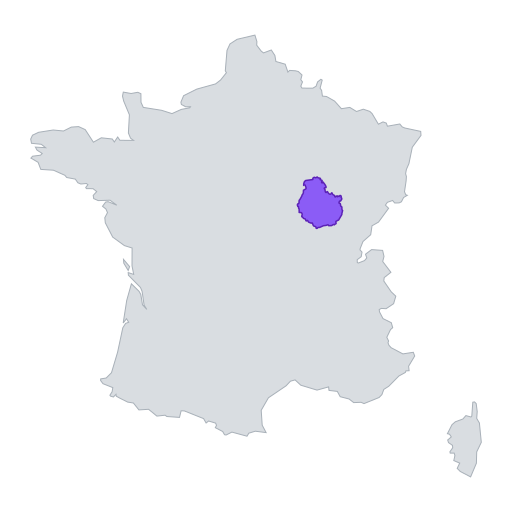 Côte-d'Or highlighted on a map of France
{"feature_id": "FRA-5282", "entity_name": "Côte-d'Or", "entity_type": "Metropolitan department", "adm_level": 1, "iso_a3": "FRA", "parent_name": "France", "parent_adm1": "", "projection": "orthographic", "projection_center": [4.917, 47.462], "detail": "fine", "context": "in_parent", "style": "filled", "palette": "violet", "viewbox_px": 512, "rotation_deg": 0, "n_neighbors": 0, "source": "natural_earth", "source_scale": "10m", "svg_char_len": 6768}
<svg xmlns="http://www.w3.org/2000/svg" viewBox="0 0 512 512"><path d="M407.3,195.3L403.6,197.5L401.4,201.8L399.1,202.9L394.7,203.0L392.6,200.5L387.4,202.3L385.4,205.1L388.6,208.3L378.5,222.1L372.0,225.8L370.7,234.7L363.0,241.5L360.2,248.5L360.0,249.9L362.0,252.1L361.2,256.7L357.2,259.7L357.3,262.6L358.4,263.0L364.5,260.6L366.8,257.9L365.5,254.2L371.6,249.6L382.6,250.4L384.0,256.4L382.7,261.5L390.9,272.3L384.2,277.6L383.8,281.0L391.2,291.8L395.8,296.2L393.6,303.7L386.1,308.7L381.2,308.4L379.2,309.6L379.5,311.9L383.0,318.6L391.3,322.7L392.7,327.7L390.5,329.6L386.8,337.3L388.6,341.0L388.0,342.7L388.9,345.2L391.1,347.7L402.9,353.9L413.3,352.3L414.7,356.0L408.6,366.2L409.1,370.7L405.9,370.9L405.4,372.4L398.9,376.0L388.7,386.3L383.8,389.4L381.9,394.6L379.1,397.5L364.0,403.6L361.1,402.3L353.7,402.6L349.1,399.0L340.2,396.7L337.3,391.4L329.0,390.4L328.6,386.9L317.0,390.1L300.8,385.2L295.1,379.9L290.4,381.2L286.1,385.8L268.4,397.8L261.2,410.3L262.2,425.2L266.1,432.6L255.3,431.2L248.8,433.2L247.0,436.2L231.9,432.1L226.1,435.0L224.5,434.7L222.7,431.5L215.3,427.7L216.5,425.3L215.6,423.1L208.6,421.0L206.1,423.0L203.6,418.6L184.3,410.9L181.1,410.8L179.5,417.4L166.8,416.5L165.1,415.2L156.9,416.1L148.6,409.3L138.9,409.9L133.4,403.0L127.7,402.1L119.9,398.2L116.3,396.2L116.0,394.3L113.4,397.0L110.5,396.1L109.9,395.2L112.1,391.8L112.8,387.6L103.0,383.7L100.6,380.5L100.7,378.9L106.2,378.0L111.5,372.7L117.6,352.2L122.8,327.8L125.6,323.4L128.7,322.3L126.5,318.7L123.2,323.0L126.7,300.5L131.4,283.8L139.1,291.4L140.8,294.5L142.5,304.8L146.8,309.4L144.1,305.1L142.1,291.4L140.5,287.5L128.4,275.2L128.2,272.6L133.7,274.4L132.0,265.8L132.1,248.0L124.4,245.6L112.7,237.1L105.3,222.8L104.8,217.7L107.5,212.6L105.9,209.0L102.5,206.3L105.7,202.0L108.2,201.7L116.8,205.2L110.0,200.2L98.2,200.6L93.7,198.6L93.2,195.4L96.7,191.6L93.1,188.7L86.4,188.6L85.7,187.5L87.9,184.7L86.4,183.5L80.8,184.0L77.9,182.8L75.3,179.1L66.7,177.5L64.9,175.3L53.4,170.2L40.8,169.4L38.1,162.3L30.9,158.1L32.6,156.2L40.5,155.2L42.2,153.5L37.0,150.1L35.4,147.1L45.6,147.7L41.3,144.3L31.5,143.3L30.7,139.1L32.5,135.2L38.6,132.3L53.2,130.0L63.5,131.0L71.3,127.1L78.6,126.6L85.2,129.6L93.4,142.2L101.3,137.8L112.3,139.0L114.3,142.0L117.7,137.0L119.9,140.3L133.5,140.4L130.5,138.1L128.4,133.0L129.4,114.8L123.7,101.1L122.5,96.1L123.3,92.1L131.1,93.5L137.8,92.3L140.9,93.7L141.0,102.3L143.3,107.4L161.6,110.3L172.0,113.6L181.3,109.4L189.8,107.8L190.5,106.7L185.7,106.8L181.4,104.5L180.9,102.2L183.6,95.7L196.8,89.1L215.6,83.9L220.6,80.0L226.4,72.7L225.3,70.8L227.0,50.4L230.0,43.9L237.1,39.3L254.9,35.1L256.9,41.6L256.7,45.2L261.2,51.1L263.5,52.9L271.3,50.0L274.9,55.5L275.9,61.5L285.2,64.2L287.9,72.1L289.6,70.4L295.5,70.8L298.3,71.5L302.0,75.0L300.8,79.7L302.5,81.9L300.8,86.2L302.0,88.1L312.8,88.2L316.1,86.2L317.6,81.9L320.9,79.3L322.2,80.1L320.1,88.2L321.6,90.3L322.4,96.1L326.5,96.5L334.6,101.1L341.4,108.7L349.8,107.4L356.5,111.5L363.3,109.2L369.8,111.4L372.1,113.6L378.4,124.2L383.0,121.9L386.3,123.1L387.4,126.2L399.8,124.0L402.2,126.9L404.8,128.0L420.7,131.4L421.0,135.4L412.3,147.2L408.9,163.7L406.4,169.4L405.6,173.7L406.4,176.5L406.1,181.0L404.5,191.7L405.7,194.7L407.3,195.3ZM477.2,411.6L476.7,418.4L479.4,423.0L481.3,442.3L476.7,451.9L476.4,463.2L470.6,476.9L460.3,471.5L457.2,468.4L459.7,463.1L453.8,460.6L454.9,455.6L454.2,453.1L450.2,453.1L449.9,451.8L452.7,447.8L452.5,445.4L448.5,442.6L447.7,440.0L451.3,436.9L449.5,434.2L447.4,433.7L452.0,424.7L455.3,421.8L462.9,419.0L465.9,415.6L471.0,417.0L471.8,416.1L472.8,402.2L474.5,401.9L476.2,403.6L477.2,411.6ZM129.6,266.6L128.2,270.5L123.8,263.2L123.5,259.4L129.6,266.6Z" fill="#d9dde1" stroke="#a8b0b8" stroke-width="1"/><path d="M300.1,212.6L299.2,212.4L299.1,209.0L298.6,208.2L298.5,206.9L298.4,206.6L298.2,206.5L297.8,206.4L297.4,205.2L297.4,204.8L297.5,204.3L297.7,204.0L298.0,203.8L298.6,203.6L299.0,202.9L299.1,200.7L299.3,200.1L299.8,199.7L301.7,196.3L302.2,194.8L303.0,193.8L303.2,193.3L303.4,192.3L303.4,191.0L303.5,190.2L305.7,189.0L306.1,188.3L306.0,187.5L305.2,185.3L305.1,185.1L304.8,185.0L303.9,185.0L303.7,185.1L303.7,184.0L303.9,183.1L304.5,181.5L305.7,180.5L312.3,179.6L312.7,179.5L312.9,179.2L312.8,178.9L312.8,178.6L313.0,178.1L313.6,177.6L314.0,177.4L314.4,177.3L315.4,177.7L315.9,177.7L316.2,177.6L317.1,177.0L318.1,177.8L320.0,178.2L320.4,178.5L320.1,179.3L320.2,179.6L320.6,179.8L321.7,180.2L322.0,180.4L322.1,180.6L322.1,180.8L322.0,181.1L321.7,181.6L321.6,181.9L321.6,182.2L321.7,182.6L321.9,182.8L322.2,182.9L322.4,182.7L322.6,182.2L322.8,182.1L323.1,182.1L324.7,184.2L325.4,185.3L326.0,186.6L326.0,186.9L326.0,187.2L326.0,187.5L325.7,187.6L325.4,187.7L324.8,187.7L324.5,187.9L324.3,188.1L324.3,188.5L324.4,188.8L324.7,189.1L325.0,189.5L325.0,189.8L325.2,191.1L325.3,191.6L325.5,192.1L325.8,192.4L326.1,192.5L326.3,192.4L326.5,192.2L326.9,191.8L327.1,191.6L327.4,191.6L327.7,192.0L328.2,192.9L328.5,193.3L328.9,193.7L329.5,194.1L329.8,194.2L330.1,194.2L330.4,194.2L330.6,194.1L330.9,193.9L331.1,193.6L331.2,193.4L331.4,193.1L331.6,192.9L331.9,192.9L332.1,193.1L332.2,193.3L332.3,193.6L332.4,193.9L332.7,194.3L333.2,194.8L334.0,195.2L334.4,195.4L334.5,195.5L334.7,196.3L334.9,196.8L335.2,196.9L335.5,196.9L336.3,196.1L336.6,196.0L336.9,196.0L337.1,196.3L337.2,196.6L337.5,196.7L337.8,196.3L338.0,196.0L339.0,196.5L339.4,196.1L339.6,195.8L340.0,195.5L340.3,195.5L340.6,195.6L340.9,195.8L341.1,196.1L341.2,196.4L341.2,196.7L341.1,197.0L341.1,197.3L341.3,197.6L341.5,197.8L341.6,198.2L341.7,198.5L341.8,198.8L341.7,199.2L341.6,199.5L341.4,199.8L341.0,200.3L340.7,200.9L340.6,201.0L340.0,201.1L339.7,201.1L339.5,201.3L339.3,201.6L339.1,202.2L339.1,202.5L339.0,202.9L339.2,203.2L339.4,203.3L339.7,203.3L340.0,203.4L340.3,203.7L340.4,204.0L340.5,204.3L340.5,204.7L340.5,205.1L340.6,205.7L340.8,206.1L341.1,206.4L341.5,206.5L341.7,206.8L341.8,207.1L341.9,207.5L341.9,208.8L341.9,209.2L342.1,209.8L342.2,210.1L342.6,210.6L341.9,213.3L341.8,214.6L341.5,215.1L339.0,219.4L338.7,219.9L338.4,220.2L337.8,220.3L337.3,220.6L336.9,220.9L336.3,221.2L336.0,221.3L335.9,221.6L335.8,221.9L335.8,222.3L335.9,222.6L336.1,222.9L336.1,223.3L336.0,223.6L335.8,223.8L334.8,224.3L334.3,224.8L333.6,224.5L333.0,224.7L331.6,225.6L328.9,225.7L328.6,225.6L328.2,225.0L328.0,224.8L327.6,224.8L326.1,225.4L323.5,225.7L319.7,227.4L318.1,227.5L317.9,227.6L317.3,228.2L317.0,228.4L316.6,228.4L316.3,228.3L316.1,228.1L316.0,227.3L315.6,226.6L313.9,226.1L313.3,225.5L312.4,223.2L312.2,223.0L312.0,222.9L311.4,223.1L311.0,223.1L308.9,222.3L308.4,221.9L307.8,220.8L307.5,220.5L307.0,220.7L306.5,220.9L306.2,220.9L305.9,220.6L305.7,219.9L305.3,219.1L304.8,218.8L304.2,218.7L303.6,218.4L302.3,216.9L301.8,216.7L301.8,215.8L302.2,214.7L302.1,213.8L301.7,213.0L301.2,212.6L300.7,212.5L300.1,212.6Z" fill="#8b5cf6" stroke="#5b21b6" stroke-width="1.5"/></svg>